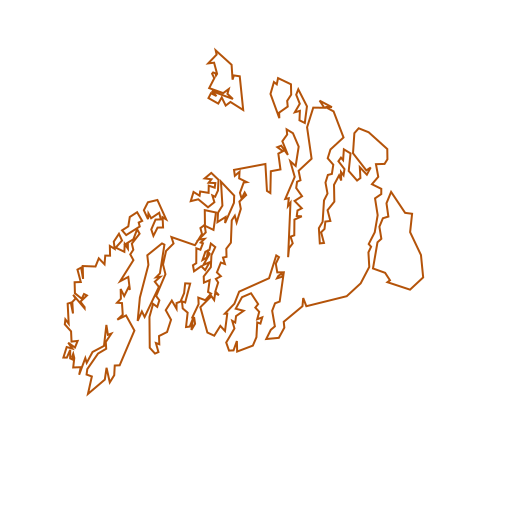 Solund nor, Norway, rotated 18°
{"feature_id": "86288312B33021922891933", "entity_name": "Solund nor", "entity_type": "district", "adm_level": 2, "iso_a3": "NOR", "parent_name": "Norway", "parent_adm1": "", "projection": "mercator", "projection_center": [4.829, 61.105], "detail": "fine", "context": "isolated", "style": "outline", "palette": "amber", "viewbox_px": 512, "rotation_deg": 18, "n_neighbors": 0, "source": "geoboundaries", "source_scale": "gbopen_adm2", "svg_char_len": 6126}
<svg xmlns="http://www.w3.org/2000/svg" viewBox="0 0 512 512"><g transform="rotate(18 256 256)"><path d="M268.5,88.6L275.2,93.9L264.6,97.2L264.8,117.8L278.8,146.3L270.2,161.8L274.9,170.2L272.1,172.7L273.2,178.9L281.3,184.9L275.7,191.7L284.8,196.5L281.4,199.9L282.4,205.4L287.3,204.1L281.3,209.5L286.0,224.5L282.9,226.9L287.0,232.6L285.0,238.4L286.9,247.2L272.3,194.6L271.0,198.6L269.3,190.9L266.2,192.7L268.4,168.8L259.3,155.3L265.9,158.1L262.8,138.8L253.2,127.8L246.0,126.1L248.1,130.8L245.6,138.7L255.1,150.0L245.9,143.3L242.7,145.9L249.2,148.0L245.6,151.7L252.5,166.1L243.9,170.8L250.2,191.7L246.3,190.7L236.5,165.6L208.5,180.9L211.1,186.3L214.3,181.0L216.0,187.4L224.4,188.6L221.6,190.0L221.2,200.9L224.6,205.9L225.6,199.1L227.8,201.1L223.4,209.3L227.0,215.9L227.2,230.1L223.4,224.2L221.9,229.6L228.0,251.1L225.5,258.2L228.2,265.9L225.1,267.7L228.9,273.2L224.6,273.1L223.9,283.7L228.8,286.1L224.9,290.2L228.2,292.9L228.3,302.3L232.8,304.7L228.7,304.0L229.8,310.8L226.0,308.0L218.9,321.9L233.4,343.8L240.9,344.7L243.7,333.5L249.7,336.9L246.5,319.8L244.2,320.5L250.2,308.1L251.0,295.1L275.3,273.1L275.1,249.2L278.2,250.0L277.2,257.2L281.3,265.0L287.5,262.9L288.1,266.7L285.6,265.1L283.4,268.0L282.9,270.7L288.2,267.0L292.6,292.0L288.7,295.1L288.3,303.1L295.7,317.1L292.9,321.6L291.4,331.8L303.0,326.8L305.1,315.4L302.7,310.0L315.7,289.4L313.9,281.4L319.4,288.2L354.7,266.2L364.0,249.7L367.1,231.4L361.8,217.8L362.6,211.6L359.5,209.8L361.6,196.8L359.1,179.6L351.4,164.4L356.0,158.4L354.4,153.4L344.1,151.9L347.8,142.9L341.7,131.6L349.8,128.7L351.1,123.4L347.8,113.7L324.9,103.5L314.2,102.8L311.6,108.8L316.5,128.3L334.5,140.5L337.7,136.4L336.3,144.4L327.3,139.5L331.2,149.6L328.8,153.0L317.9,146.5L314.2,129.2L306.6,127.4L309.2,137.9L306.4,136.2L305.1,140.4L313.3,146.0L314.3,152.2L310.9,149.8L313.7,157.9L310.1,153.6L308.2,164.2L313.7,180.1L309.9,190.3L315.9,199.7L311.3,201.8L312.8,209.1L310.6,213.3L316.6,222.6L312.8,224.3L307.2,210.1L308.8,202.9L303.5,182.1L304.7,174.5L299.4,164.7L299.3,156.7L302.8,154.5L301.3,145.3L294.0,140.9L293.9,131.7L302.6,116.2L285.1,94.5L275.9,92.8L282.2,91.0L268.5,88.6ZM134.7,267.3L134.2,278.0L128.5,284.7L130.5,284.4L131.9,288.6L127.4,285.1L129.5,292.7L120.0,291.4L123.8,282.7L118.8,277.2L116.3,286.3L119.4,292.9L113.9,291.6L117.1,300.8L112.5,302.2L114.5,310.7L107.2,306.8L106.6,315.6L94.3,319.1L98.6,331.2L93.3,321.1L90.4,324.1L97.4,334.9L91.6,337.0L95.3,347.4L103.5,350.5L104.2,345.3L107.4,345.8L103.1,353.7L108.8,357.6L109.2,358.8L94.1,349.4L97.6,352.2L95.5,356.5L99.7,367.2L94.3,357.6L91.6,359.5L98.8,378.3L94.3,375.2L95.3,380.1L103.4,384.8L107.0,394.4L112.6,391.9L112.1,399.0L104.2,396.5L110.0,400.8L104.1,401.1L104.2,412.1L107.5,411.1L108.3,402.7L110.9,410.8L114.1,411.2L112.3,408.5L112.4,405.5L114.7,409.2L116.6,418.5L123.7,415.9L124.5,423.6L125.2,405.8L128.0,409.9L130.2,397.8L139.2,388.5L135.0,367.8L139.5,376.7L142.4,374.5L139.7,384.2L142.2,390.5L135.9,397.6L130.5,415.7L131.5,421.1L137.1,421.3L138.8,439.1L150.4,420.3L148.4,408.5L156.0,421.4L158.0,413.2L155.5,403.8L160.1,402.1L163.4,364.5L150.8,352.7L143.8,359.4L147.4,353.0L143.1,342.2L138.3,343.4L140.7,338.4L137.5,329.2L143.0,334.8L144.4,325.5L146.5,327.1L141.0,315.4L134.6,322.0L140.7,297.8L135.9,293.3L137.4,288.0L134.1,282.6L138.4,270.8L134.7,267.3ZM204.5,227.0L193.1,228.2L197.8,242.1L194.5,246.6L197.8,251.7L194.6,264.6L169.7,264.1L173.7,269.6L168.9,279.0L170.2,292.8L175.5,301.3L173.4,324.9L177.8,328.0L177.8,334.9L172.9,333.3L173.5,346.9L183.3,376.1L190.1,380.0L192.9,377.5L187.7,369.7L191.3,369.8L188.5,362.1L194.9,355.8L194.9,342.9L186.9,335.4L189.7,324.4L196.7,330.7L195.0,325.3L198.3,322.7L199.1,313.6L197.1,303.9L201.9,302.6L203.0,322.1L199.6,322.0L202.5,328.5L208.5,331.0L211.4,345.2L214.8,343.6L215.4,334.8L217.4,346.3L219.0,339.3L216.3,333.9L214.4,334.2L216.3,319.5L214.0,313.4L221.4,313.7L224.9,305.7L221.5,305.0L219.4,293.3L214.7,297.4L212.6,291.6L216.5,280.6L213.4,269.1L214.5,260.1L209.2,258.1L209.8,264.6L206.5,267.6L206.4,276.3L209.8,272.6L208.7,266.6L211.2,268.2L208.7,280.8L213.8,276.3L212.0,285.1L207.1,282.6L201.8,289.7L198.9,284.3L201.4,281.3L196.9,267.1L201.2,267.2L201.6,260.3L199.3,260.3L201.8,255.6L196.4,258.1L200.9,249.1L197.9,243.0L207.5,244.3L204.5,227.0ZM364.7,153.3L363.8,165.5L369.7,177.6L365.0,180.9L364.3,190.0L369.9,200.9L367.3,205.4L371.1,231.7L384.0,232.1L390.9,237.7L389.1,240.3L412.9,240.4L421.6,224.7L412.6,204.1L395.2,185.7L391.4,167.6L384.5,168.9L364.7,153.3ZM262.8,293.0L255.4,299.5L253.0,312.4L261.2,311.9L255.6,319.3L256.8,325.7L253.4,325.0L257.9,331.6L254.4,347.5L259.6,354.3L263.8,352.7L264.1,342.8L267.6,352.7L280.7,342.2L281.5,333.1L277.7,318.8L281.1,318.9L280.9,312.4L276.7,315.8L276.3,308.1L271.3,305.3L272.9,301.1L262.8,293.0ZM154.1,72.9L156.3,76.6L151.0,87.6L156.4,85.1L162.7,94.8L162.2,96.7L161.2,94.8L158.5,94.7L157.9,96.2L161.4,99.8L159.6,110.8L174.5,111.2L178.5,105.6L178.7,110.6L185.5,113.8L163.0,112.8L169.0,116.1L162.9,115.1L162.0,120.5L173.0,122.7L174.4,115.8L180.7,122.3L184.1,117.4L198.7,121.1L185.0,90.1L179.2,91.1L179.2,95.5L173.7,81.7L154.1,72.9ZM165.4,273.5L162.7,273.1L152.4,288.9L156.4,297.7L158.4,331.4L163.5,354.3L164.6,344.0L168.9,348.4L173.2,315.4L167.7,311.7L171.4,305.4L167.5,307.2L170.0,302.3L165.4,273.5ZM236.2,81.9L222.0,80.0L222.7,86.3L219.3,85.0L219.7,97.4L235.6,117.7L233.7,112.5L240.0,104.1L237.7,98.8L239.6,91.7L236.2,81.9ZM216.6,205.3L199.7,196.1L208.5,218.5L206.5,226.5L208.9,235.7L215.0,228.3L216.4,234.2L218.6,212.3L216.6,205.3ZM187.8,190.8L183.2,198.1L189.9,196.8L188.3,201.0L194.8,199.2L195.6,203.8L189.3,203.7L191.4,210.6L183.0,211.9L183.7,216.1L176.8,214.4L177.0,224.0L183.6,219.9L195.3,224.5L199.8,217.7L195.8,211.9L198.8,212.3L199.6,205.5L196.8,195.1L187.8,190.8ZM144.9,233.2L136.6,238.3L135.2,247.1L141.9,254.3L140.5,248.7L144.6,252.5L150.6,244.8L154.2,250.6L149.2,252.4L148.2,263.1L152.2,268.5L153.6,259.4L158.8,257.6L155.2,248.0L159.2,248.9L144.9,233.2ZM258.2,97.9L244.7,84.4L244.4,90.2L250.6,97.7L248.5,107.3L252.9,104.4L255.4,113.5L261.3,114.4L258.2,97.9ZM136.9,257.8L129.4,251.1L123.9,257.9L125.4,267.3L120.7,273.0L126.1,276.2L136.3,263.9L134.1,260.4L136.9,257.8Z" fill="none" stroke="#b45309" stroke-width="2"/></g></svg>